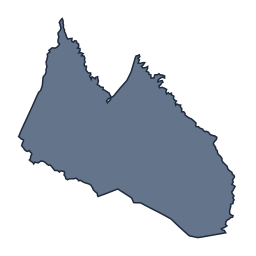 outline of Luiziana, Paraná, Brazil, rotated 272°
{"feature_id": "56859067B36916274866347", "entity_name": "Luiziana", "entity_type": "district", "adm_level": 2, "iso_a3": "BRA", "parent_name": "Brazil", "parent_adm1": "Paraná", "projection": "robinson", "projection_center": [-52.28, -24.346], "detail": "fine", "context": "isolated", "style": "filled", "palette": "slate", "viewbox_px": 256, "rotation_deg": 272, "n_neighbors": 0, "source": "geoboundaries", "source_scale": "gbopen_adm2", "svg_char_len": 3923}
<svg xmlns="http://www.w3.org/2000/svg" viewBox="0 0 256 256"><g transform="rotate(272 128 128)"><path d="M167.5,40.9L164.0,39.9L162.5,39.4L160.6,37.5L155.5,35.3L147.2,32.0L123.7,22.1L115.5,19.0L114.6,20.4L113.4,21.5L112.5,23.9L111.0,23.9L108.9,22.9L106.6,22.3L105.4,23.3L104.4,24.4L103.0,25.1L101.7,26.5L101.1,28.4L102.0,30.3L100.5,31.2L99.5,32.5L98.0,32.6L96.5,31.8L93.7,31.5L92.6,30.5L91.2,32.3L90.4,33.8L88.8,35.1L90.6,36.0L90.0,39.5L92.0,42.1L91.6,44.7L90.8,46.4L89.2,48.1L88.0,49.9L88.3,51.5L87.3,52.6L84.3,55.1L83.0,56.2L83.0,59.2L81.6,61.0L82.9,62.1L82.3,65.6L80.9,66.2L78.9,65.7L77.2,67.1L75.2,67.6L74.2,69.4L75.2,71.4L75.3,75.3L76.0,77.8L74.9,79.4L73.5,80.7L74.1,82.1L73.1,84.0L72.0,86.2L71.2,89.0L70.5,91.4L69.4,93.1L67.2,94.5L65.0,95.5L63.0,97.7L61.6,99.6L60.0,99.7L58.5,100.4L61.4,107.6L66.7,119.9L58.3,134.0L53.6,136.3L53.6,143.2L48.0,154.8L45.5,160.3L42.4,166.7L38.5,174.3L35.0,178.2L33.3,180.1L30.1,183.7L22.4,193.0L20.9,201.6L21.8,206.5L26.7,229.3L29.1,227.7L29.4,225.7L30.6,224.8L31.5,227.0L32.5,228.7L33.7,230.3L34.9,228.9L36.5,228.9L38.3,229.5L39.6,230.4L40.2,231.9L42.0,233.6L42.5,235.6L44.0,236.1L44.6,234.5L45.6,232.7L47.2,232.6L48.9,232.4L52.9,233.4L55.3,233.3L56.2,235.6L58.2,235.6L59.9,236.6L62.0,235.2L63.8,236.3L65.9,234.6L67.7,233.9L69.0,235.0L70.7,235.7L73.4,237.0L74.4,235.4L75.3,233.8L77.5,235.0L79.8,234.3L81.4,235.3L82.8,236.1L84.3,235.6L85.4,234.0L87.4,233.3L88.8,231.1L90.6,229.2L93.3,228.3L94.8,226.6L97.0,224.2L98.7,223.0L100.8,223.0L102.9,221.4L104.3,219.8L105.8,218.5L107.2,218.2L108.7,217.9L109.7,216.6L111.8,216.2L113.8,214.7L115.1,213.9L116.5,214.2L119.8,216.8L121.8,217.1L123.1,215.0L123.7,211.9L124.6,210.1L126.7,208.4L127.4,206.6L127.0,205.0L128.3,203.4L129.5,202.6L130.4,199.9L131.7,198.4L131.8,196.1L133.4,195.5L135.4,195.8L137.6,193.3L139.3,191.1L140.5,188.1L141.9,186.1L142.9,184.6L144.8,184.4L146.2,183.1L146.0,181.0L149.1,181.1L151.0,179.6L152.8,179.8L152.8,177.9L153.7,176.1L152.5,174.8L155.0,174.4L156.6,175.5L157.5,173.6L158.9,172.4L161.4,172.7L162.6,170.4L164.3,170.2L163.5,168.2L164.7,167.0L163.4,165.3L165.5,164.6L167.9,165.3L169.0,163.1L169.8,160.8L169.3,158.1L171.3,157.4L172.3,159.2L174.0,159.8L175.0,161.3L176.6,160.6L176.1,158.4L175.2,156.2L177.1,156.5L178.5,157.9L180.1,160.7L179.2,162.8L181.3,162.8L181.9,161.2L182.3,158.3L183.3,157.0L182.3,155.7L182.1,153.0L180.3,152.4L178.8,152.1L178.8,149.2L180.5,149.1L181.9,149.0L182.5,147.0L184.3,146.8L185.4,144.2L188.1,145.5L190.2,145.5L189.0,143.5L188.6,140.8L190.1,139.3L191.6,141.1L193.9,142.4L193.9,140.7L193.1,138.3L193.2,135.9L194.7,136.2L196.5,137.1L197.9,135.5L199.7,137.3L201.5,136.7L200.7,135.3L200.3,133.6L198.6,132.9L184.3,129.2L178.6,126.7L175.3,125.1L167.3,118.5L164.9,116.7L162.3,114.6L160.6,113.5L159.2,112.2L157.4,109.4L159.2,109.6L160.9,108.5L162.3,107.9L163.1,106.4L163.9,105.0L164.8,103.6L165.6,101.6L167.7,101.8L168.1,99.0L169.4,97.8L170.3,95.7L172.3,96.5L174.0,96.8L176.4,96.0L178.2,95.9L177.6,94.1L176.1,93.6L177.2,91.7L177.9,90.2L175.3,89.5L178.6,87.8L179.9,89.0L181.7,88.7L181.6,86.4L184.8,83.7L186.9,84.3L188.3,84.3L188.4,82.3L190.7,82.0L192.4,82.9L194.2,82.1L196.4,82.4L198.4,81.5L198.6,78.9L200.8,80.6L201.7,78.0L201.4,76.2L203.9,77.4L205.8,77.2L206.1,74.7L207.7,75.9L210.1,75.7L211.4,73.8L213.1,73.4L213.3,71.5L211.8,70.7L212.8,68.7L215.6,68.9L215.3,66.6L214.8,64.7L217.3,63.2L218.8,62.8L220.4,62.1L222.2,61.1L223.9,61.1L225.8,60.0L228.7,59.9L231.3,59.4L232.9,59.4L235.1,58.4L233.3,56.8L231.0,55.6L229.5,56.4L227.8,56.7L226.5,57.3L224.6,57.5L222.8,56.5L220.3,54.7L218.5,55.1L216.5,55.7L214.1,55.1L212.2,54.9L210.5,55.4L209.8,56.7L208.2,55.9L206.5,54.4L205.3,52.5L205.5,49.4L202.8,46.2L201.4,47.4L199.0,44.7L196.8,45.2L194.7,44.7L193.0,44.5L191.4,43.8L188.2,44.3L186.5,44.9L184.7,44.3L183.3,44.0L181.0,44.2L178.6,43.4L176.4,41.6L174.5,41.3L167.5,40.9ZM157.4,109.4L155.8,109.6L152.5,106.6L154.2,105.6L156.6,107.3L157.4,109.4Z" fill="#64748b" stroke="#1e293b" stroke-width="1.5"/></g></svg>